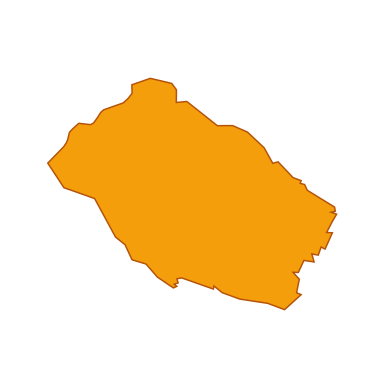 Vrapchishte, Vrapcište, North Macedonia (Robinson projection), rotated 18°
{"feature_id": "65306769B7593203088025", "entity_name": "Vrapchishte", "entity_type": "district", "adm_level": 2, "iso_a3": "MKD", "parent_name": "North Macedonia", "parent_adm1": "Vrapcište", "projection": "robinson", "projection_center": [20.844, 41.875], "detail": "fine", "context": "isolated", "style": "filled", "palette": "amber", "viewbox_px": 384, "rotation_deg": 18, "n_neighbors": 0, "source": "geoboundaries", "source_scale": "gbopen_adm2", "svg_char_len": 1048}
<svg xmlns="http://www.w3.org/2000/svg" viewBox="0 0 384 384"><g transform="rotate(18 192 192)"><path d="M101.7,108.6L104.5,116.7L102.3,122.8L99.1,128.5L93.1,133.1L82.6,141.1L81.5,143.0L80.6,144.6L79.2,150.1L77.1,156.7L74.7,159.3L68.8,160.5L63.3,161.6L62.5,162.7L59.3,168.3L57.0,173.0L57.3,177.2L57.6,180.7L57.3,183.9L56.0,188.6L45.9,209.1L68.9,227.5L101.4,228.3L133.2,258.5L144.6,262.8L155.9,275.0L170.5,274.7L185.3,283.6L203.9,289.0L206.7,286.4L203.6,285.2L206.9,282.7L204.5,279.2L208.7,276.9L242.3,277.7L242.0,274.6L251.8,278.4L270.6,279.1L298.4,274.5L316.4,275.3L327.5,255.9L322.6,255.5L321.0,241.8L312.9,237.2L318.0,235.6L319.6,222.5L329.7,220.8L325.1,213.9L331.6,213.0L331.8,204.4L336.2,205.2L338.1,187.4L332.5,188.9L334.7,176.1L336.4,168.4L330.7,168.2L334.2,166.0L332.3,162.3L301.2,154.8L296.8,150.1L292.2,150.3L292.3,147.5L283.7,147.1L264.5,136.7L260.0,139.8L247.0,127.7L226.3,117.9L210.1,116.3L195.6,121.1L159.1,107.5L149.4,111.7L145.6,99.6L139.2,95.0L117.2,96.8L101.7,108.6Z" fill="#f59e0b" stroke="#b45309" stroke-width="1.5"/></g></svg>